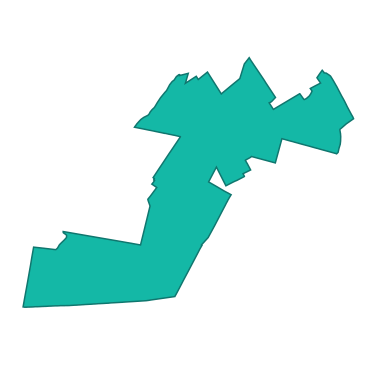 outline of Lehliu Gara, Calarasi, Romania, rotated 190°
{"feature_id": "2599482B17056969376019", "entity_name": "Lehliu Gara", "entity_type": "district", "adm_level": 2, "iso_a3": "ROU", "parent_name": "Romania", "parent_adm1": "Calarasi", "projection": "albers", "projection_center": [26.883, 44.461], "detail": "fine", "context": "isolated", "style": "filled", "palette": "teal", "viewbox_px": 384, "rotation_deg": 190, "n_neighbors": 0, "source": "geoboundaries", "source_scale": "gbopen_adm2", "svg_char_len": 3666}
<svg xmlns="http://www.w3.org/2000/svg" viewBox="0 0 384 384"><g transform="rotate(190 192 192)"><path d="M159.0,334.2L162.7,327.2L164.1,316.0L164.6,312.0L171.4,304.1L180.2,293.7L197.6,312.8L205.4,303.9L207.9,306.7L217.4,297.9L216.3,308.2L224.3,304.6L224.2,305.2L224.5,305.4L225.0,305.4L225.7,304.9L226.2,304.2L227.0,303.3L227.3,303.2L229.2,298.8L229.6,298.6L229.9,298.2L230.5,297.6L231.2,296.5L231.9,295.1L232.6,293.8L233.5,291.0L234.6,287.7L235.2,286.6L236.0,285.4L239.3,279.5L241.6,274.2L243.3,269.7L243.8,268.6L245.6,266.2L247.0,263.7L247.4,262.5L247.6,261.7L248.7,259.9L250.6,258.5L252.6,257.0L254.9,254.6L256.3,252.5L258.0,249.8L258.9,247.9L259.1,247.4L259.4,247.0L259.9,245.8L250.1,245.6L231.9,245.1L230.0,245.0L229.1,245.0L228.1,245.1L226.4,245.0L224.6,244.9L222.6,244.9L220.6,244.8L219.7,244.8L218.7,244.8L215.5,244.6L213.1,244.5L213.1,244.1L219.9,228.8L221.3,225.7L226.1,214.7L228.5,209.3L231.1,203.3L232.4,200.3L232.8,199.4L231.5,198.8L231.8,198.2L231.4,198.0L231.7,197.1L230.9,196.8L231.7,194.9L232.9,192.8L227.5,190.3L229.7,185.9L232.4,180.5L234.1,177.5L234.2,177.0L234.0,176.6L233.8,176.1L233.6,175.7L232.8,174.3L231.5,172.0L230.9,170.9L230.9,170.7L232.5,145.8L233.5,130.9L255.8,130.9L277.6,130.8L312.0,130.7L311.9,130.1L311.7,129.6L310.5,128.9L309.2,128.4L308.0,127.6L307.7,125.6L308.1,124.7L309.7,122.2L312.5,118.4L313.5,116.8L314.2,114.7L314.5,114.0L314.8,113.2L316.1,111.6L317.0,111.5L327.7,110.9L338.4,110.2L338.4,106.3L338.4,99.2L338.3,92.3L338.3,89.5L338.3,74.5L338.4,57.0L338.4,49.5L337.0,49.5L334.7,49.9L334.5,50.0L332.0,50.5L329.6,51.0L327.9,51.4L327.3,51.6L325.9,51.9L323.3,52.4L319.4,53.3L315.2,54.2L313.3,54.7L311.4,55.1L306.6,56.2L303.9,56.7L302.3,57.1L302.1,57.2L297.6,58.0L296.7,58.2L294.5,58.6L293.1,58.9L292.5,59.0L292.0,59.2L291.5,59.3L290.7,59.5L289.8,59.7L289.0,59.9L288.2,60.1L286.8,60.4L285.5,60.7L284.3,61.0L283.6,61.2L283.1,61.3L282.6,61.4L281.9,61.6L280.3,62.0L280.0,62.1L279.0,62.3L277.1,62.8L275.3,63.2L273.6,63.6L272.7,63.8L271.4,64.1L270.3,64.4L269.1,64.7L268.6,64.8L267.3,65.1L266.2,65.4L265.1,65.7L260.2,66.8L257.3,67.5L255.1,68.0L252.7,68.7L247.9,69.8L241.6,71.3L241.4,71.3L240.9,71.5L235.6,72.8L231.0,73.9L218.7,76.9L218.3,77.0L217.9,77.1L217.6,77.2L215.7,77.8L213.8,78.5L208.6,80.2L191.8,85.7L190.7,86.1L190.7,86.3L190.0,88.2L187.8,95.0L186.1,100.4L185.2,103.3L182.2,112.5L180.7,117.2L175.4,133.8L174.4,137.1L172.9,141.2L173.5,141.5L168.2,149.9L163.8,163.0L160.3,174.1L158.7,179.2L157.8,182.0L156.9,184.8L156.3,186.9L155.8,188.3L155.5,189.1L155.2,190.4L154.9,191.0L154.3,192.8L153.0,196.1L161.1,198.8L168.0,201.4L177.4,204.8L172.3,220.8L159.7,204.0L153.1,209.0L150.7,210.7L150.2,210.9L143.3,216.2L143.1,216.4L143.1,216.5L144.9,218.9L138.1,223.9L141.6,228.4L142.3,229.3L142.4,229.5L142.6,229.7L143.0,230.1L145.0,232.5L144.9,232.7L141.1,235.7L140.0,236.7L139.6,237.3L115.0,235.1L112.7,260.1L64.8,255.6L57.3,254.9L56.7,254.8L56.2,254.7L55.0,256.4L54.8,260.6L54.3,264.8L54.5,267.9L55.0,271.2L55.1,272.1L55.9,275.3L56.7,277.5L57.1,278.6L57.2,279.4L55.6,281.3L51.8,286.0L45.6,292.2L46.0,292.8L46.6,293.8L48.3,295.8L54.2,303.3L55.3,304.9L56.3,306.2L57.3,307.6L59.2,310.0L61.2,312.4L67.8,321.0L69.0,322.4L72.3,326.4L75.7,330.2L77.0,330.9L80.5,332.4L81.6,332.3L82.8,332.4L83.1,333.0L84.9,334.5L86.6,331.1L88.8,326.2L84.3,321.6L89.4,317.7L93.5,314.5L91.4,312.3L91.3,312.2L91.8,310.3L92.2,309.1L93.2,306.9L95.7,303.8L97.4,302.6L97.6,302.5L97.8,302.6L98.0,302.7L98.3,303.0L102.9,307.5L103.0,307.5L105.2,305.6L126.2,287.5L131.5,293.2L130.0,294.2L129.6,294.6L129.1,295.2L126.2,299.6L138.7,312.8L140.0,314.3L141.8,316.2L153.6,328.4L155.6,330.5L156.8,331.7L159.0,334.2Z" fill="#14b8a6" stroke="#0f766e" stroke-width="1.5"/></g></svg>